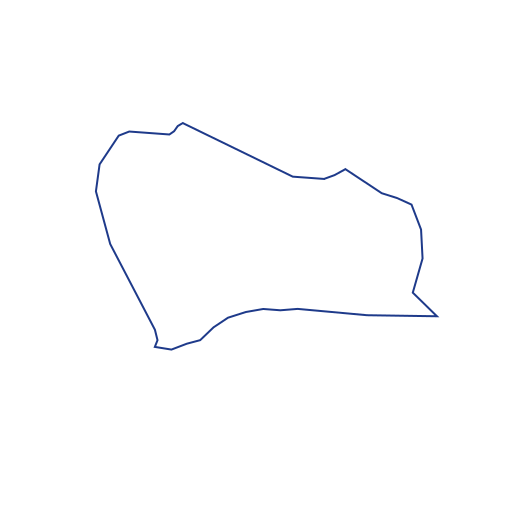 the District of Yardımlı, rotated 36°
{"feature_id": "AZE-1720", "entity_name": "Yardımlı", "entity_type": "District", "adm_level": 1, "iso_a3": "AZE", "parent_name": "Azerbaijan", "parent_adm1": "", "projection": "orthographic", "projection_center": [48.256, 38.872], "detail": "fine", "context": "isolated", "style": "outline", "palette": "blue", "viewbox_px": 512, "rotation_deg": 36, "n_neighbors": 0, "source": "natural_earth", "source_scale": "10m", "svg_char_len": 593}
<svg xmlns="http://www.w3.org/2000/svg" viewBox="0 0 512 512"><g transform="rotate(36 256 256)"><path d="M227.6,389.0L225.8,382.0L217.6,375.1L131.0,332.0L88.5,297.8L75.6,273.8L74.2,239.3L80.3,229.8L114.5,208.6L116.4,203.2L116.3,196.9L118.6,191.5L239.1,170.2L266.0,153.5L266.0,153.3L272.0,144.4L277.1,133.6L277.2,133.2L320.8,131.3L336.1,126.2L351.6,123.0L374.0,137.6L392.2,160.1L404.4,193.5L437.8,198.4L380.7,238.6L320.8,274.3L307.6,285.6L293.0,294.6L280.7,307.3L269.6,322.4L263.6,338.6L260.3,356.9L251.6,367.6L242.6,381.4L227.6,389.0Z" fill="none" stroke="#1e3a8a" stroke-width="2"/></g></svg>